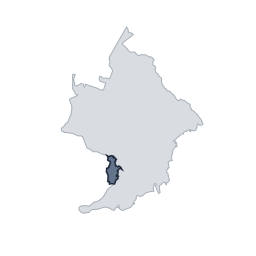 Norte de Santander highlighted on a map of Colombia, rotated 199°
{"feature_id": "COL-1421", "entity_name": "Norte de Santander", "entity_type": "Department", "adm_level": 1, "iso_a3": "COL", "parent_name": "Colombia", "parent_adm1": "", "projection": "orthographic", "projection_center": [-72.935, 8.085], "detail": "medium", "context": "in_parent", "style": "filled", "palette": "slate", "viewbox_px": 256, "rotation_deg": 199, "n_neighbors": 0, "source": "natural_earth", "source_scale": "10m", "svg_char_len": 5180}
<svg xmlns="http://www.w3.org/2000/svg" viewBox="0 0 256 256"><g transform="rotate(199 128 128)"><path d="M146.3,39.4L143.9,40.4L139.2,41.6L135.9,47.0L133.7,48.0L130.9,51.2L128.9,55.1L127.4,63.2L123.3,70.0L123.6,70.3L125.2,70.0L126.8,69.3L127.3,69.5L127.9,70.7L129.7,71.0L131.2,76.5L134.1,79.4L134.4,80.5L134.7,82.8L133.7,84.1L133.4,89.2L134.3,90.5L136.5,91.0L137.9,94.1L138.8,94.9L140.1,95.3L143.2,94.8L148.8,95.4L150.1,95.3L153.2,94.2L157.2,95.5L160.2,95.7L168.2,105.1L169.0,104.9L170.0,105.4L172.1,104.4L173.8,104.2L176.1,104.7L179.1,104.7L185.2,103.6L186.1,103.0L189.4,103.6L190.4,104.3L190.9,106.0L190.5,107.1L189.4,108.3L188.7,109.7L188.6,111.4L188.0,112.7L187.0,113.5L186.6,114.7L186.8,116.3L186.3,123.5L186.8,124.1L187.1,127.0L188.5,130.8L189.2,131.9L190.4,132.8L192.6,135.9L192.1,137.0L186.6,142.0L186.4,143.1L187.4,142.7L189.1,143.1L189.7,144.3L193.8,147.7L193.7,149.0L194.9,151.5L194.7,152.1L197.5,159.4L197.6,160.9L195.3,161.4L195.2,156.5L194.9,155.5L192.2,151.2L191.6,150.8L189.8,151.3L186.9,154.6L185.5,155.1L184.4,154.7L183.3,152.8L182.6,152.4L181.9,154.0L182.8,155.5L169.7,155.6L167.1,155.0L163.6,155.8L163.6,163.2L169.8,163.2L171.5,165.3L171.3,167.1L171.6,167.7L170.1,168.0L167.9,166.9L164.1,168.3L161.3,168.7L161.1,176.8L162.8,178.9L166.1,181.0L166.6,182.5L166.3,183.9L167.1,185.6L168.2,186.6L168.2,187.6L168.8,188.8L162.2,223.1L159.9,221.1L159.1,219.2L157.9,218.4L155.7,219.0L153.4,218.1L161.0,206.4L160.7,205.4L154.4,202.6L153.8,201.9L150.7,200.4L149.1,200.8L148.1,201.6L145.8,201.8L144.0,200.6L141.8,199.8L139.1,201.8L138.3,201.7L136.4,202.6L134.4,202.9L131.7,202.0L129.6,202.7L128.1,202.5L127.5,201.9L125.7,201.2L125.4,200.4L126.0,199.0L125.2,196.1L124.9,195.7L123.4,195.6L121.7,194.6L121.4,194.0L121.7,192.8L121.4,191.8L119.8,189.6L117.5,189.0L115.3,187.0L113.1,186.4L112.1,185.0L111.1,181.9L108.9,179.5L107.3,178.7L106.7,177.6L105.1,177.5L102.9,175.9L101.9,175.8L101.2,176.5L99.1,175.7L97.4,174.6L95.5,174.2L94.4,173.5L92.2,171.3L89.9,170.2L88.5,170.6L88.1,172.2L87.3,172.5L84.6,172.1L84.2,172.4L83.5,172.3L80.2,171.1L77.0,170.6L76.1,167.8L74.1,166.8L73.5,165.5L72.0,165.6L66.5,163.1L64.2,161.3L62.3,160.3L60.2,158.3L59.9,157.5L58.4,156.4L59.1,154.9L61.0,153.8L63.5,154.7L63.8,153.0L62.9,151.5L63.3,148.0L64.0,147.3L65.3,146.6L66.2,146.9L66.7,146.3L68.7,146.6L69.3,146.4L70.9,145.0L71.5,143.9L72.2,144.0L73.9,142.2L73.6,140.4L75.2,140.0L76.8,136.9L77.5,136.9L77.9,135.4L80.7,130.4L79.7,131.0L78.6,130.6L78.8,129.0L78.4,128.7L77.5,130.0L76.7,128.7L77.0,126.6L75.7,127.0L75.7,126.5L77.6,124.8L78.4,121.1L77.8,119.8L77.4,114.2L77.1,113.2L75.6,111.8L78.0,110.2L78.9,109.0L77.8,106.5L76.4,104.4L76.4,103.2L77.2,103.3L77.6,99.9L76.8,98.5L75.8,98.5L72.7,93.3L71.6,92.3L72.5,89.8L73.5,88.8L73.3,86.9L73.9,87.0L75.2,88.7L75.8,88.4L77.9,86.9L78.0,85.4L79.7,83.8L77.4,78.6L76.6,77.7L77.6,76.1L78.1,76.2L79.1,77.8L80.5,78.9L82.7,81.9L83.6,82.5L83.0,83.2L82.8,83.8L83.1,84.2L84.4,84.3L84.9,83.5L84.6,80.0L84.1,78.2L82.9,76.9L83.3,76.4L85.6,75.6L90.3,72.2L91.9,69.1L93.1,67.9L94.5,67.2L96.2,67.4L97.5,67.0L97.9,66.0L97.1,63.8L98.1,60.8L98.1,59.2L98.7,58.3L98.5,58.0L96.8,59.0L98.6,56.9L99.8,53.7L106.6,48.0L111.0,49.4L112.4,49.3L110.6,50.0L110.3,50.8L111.0,51.7L111.6,52.0L112.2,51.4L113.7,48.1L113.9,46.2L114.6,45.6L115.5,45.4L119.8,46.2L123.9,45.9L130.6,41.1L135.6,39.1L136.8,37.1L137.2,35.7L138.1,35.1L139.0,35.1L139.6,34.3L141.9,33.0L144.3,32.9L146.9,34.0L148.2,35.9L148.4,37.3L146.3,39.4ZM68.8,146.0L68.5,146.3L67.9,145.8L67.7,145.2L68.1,144.8L68.5,144.9L68.8,146.0Z" fill="#d9dde1" stroke="#a8b0b8" stroke-width="1"/><path d="M127.3,68.9L127.5,69.4L127.5,69.6L127.7,69.8L127.7,70.8L127.9,71.1L128.2,71.1L128.9,70.7L129.3,70.7L129.8,71.0L129.7,71.4L129.9,71.6L131.1,76.3L131.3,76.7L133.6,79.1L134.2,79.5L134.4,79.9L134.3,80.8L134.7,81.8L135.0,82.6L135.0,83.0L134.8,83.3L134.2,83.3L133.9,83.9L133.6,84.2L133.3,84.3L133.2,84.5L133.6,85.0L133.7,85.7L133.4,86.6L133.3,87.8L133.5,88.7L133.3,89.4L133.4,89.7L133.7,90.2L134.1,90.5L135.2,90.8L136.1,90.7L136.5,90.9L137.0,91.5L136.8,92.0L137.0,92.7L137.7,94.2L137.9,94.5L138.9,95.1L138.5,95.1L137.7,94.8L136.8,94.8L136.5,94.9L136.4,95.2L136.1,95.5L135.9,95.5L135.8,95.2L135.6,95.2L135.1,96.1L134.5,96.6L134.0,96.6L133.4,96.3L133.1,96.2L132.9,96.5L132.6,96.6L132.6,95.7L132.4,95.3L132.2,95.2L131.7,95.4L131.4,95.3L131.2,95.6L131.0,95.2L130.7,95.2L130.3,95.4L129.8,94.9L128.8,94.6L128.7,94.4L129.4,93.4L129.3,92.9L129.1,92.8L128.8,92.3L129.2,91.8L129.2,91.1L128.6,90.3L128.5,89.8L127.7,89.1L127.5,88.4L127.5,88.2L127.1,88.1L126.8,88.3L125.0,88.0L124.6,88.4L124.5,89.0L123.3,88.9L122.9,88.7L122.1,88.5L121.8,88.3L121.2,87.6L120.1,86.7L120.7,86.8L121.0,87.1L121.7,87.4L122.3,87.3L122.7,86.9L123.3,86.1L123.4,85.9L123.4,85.3L123.4,84.9L123.9,84.7L124.2,84.2L124.1,83.9L123.8,83.6L123.3,83.6L123.2,83.4L123.1,82.8L122.9,82.4L122.7,81.4L123.3,79.9L123.4,79.2L123.4,78.7L123.2,78.6L122.7,78.5L122.8,79.5L122.3,80.0L122.2,80.0L122.1,79.7L121.8,79.4L121.4,79.3L121.7,78.9L121.8,78.4L121.0,77.0L121.1,76.6L121.2,76.3L122.0,75.6L122.0,75.3L122.6,74.8L122.4,73.8L122.5,71.4L122.5,70.9L122.8,70.5L123.3,70.4L125.0,70.3L125.4,70.1L126.0,69.6L126.6,69.4L127.1,68.9L127.3,68.9Z" fill="#64748b" stroke="#1e293b" stroke-width="1.5"/></g></svg>